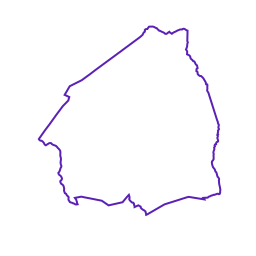 outline of Uauá, Bahia, Brazil, rotated 343°
{"feature_id": "56859067B85739573992088", "entity_name": "Uauá", "entity_type": "district", "adm_level": 2, "iso_a3": "BRA", "parent_name": "Brazil", "parent_adm1": "Bahia", "projection": "albers", "projection_center": [-39.437, -9.895], "detail": "fine", "context": "isolated", "style": "outline", "palette": "violet", "viewbox_px": 256, "rotation_deg": 343, "n_neighbors": 0, "source": "geoboundaries", "source_scale": "gbopen_adm2", "svg_char_len": 3843}
<svg xmlns="http://www.w3.org/2000/svg" viewBox="0 0 256 256"><g transform="rotate(343 128 128)"><path d="M57.5,186.2L57.4,184.8L57.5,183.7L57.5,182.4L57.5,181.3L57.1,180.3L56.8,179.3L63.2,180.0L66.9,182.0L70.9,184.1L81.7,189.9L86.8,196.3L101.1,197.4L106.9,193.6L109.3,192.2L109.3,194.1L109.0,195.5L108.4,196.2L108.4,197.1L108.8,198.2L109.4,199.3L110.2,200.6L111.2,201.0L111.6,202.2L111.3,203.2L111.5,204.5L111.2,205.5L115.3,205.0L116.3,206.1L117.1,206.9L116.9,208.1L117.6,209.4L118.7,210.9L119.5,211.6L120.3,212.9L120.2,214.1L120.2,215.1L120.0,216.3L122.3,216.0L123.4,215.7L138.4,212.2L140.8,211.7L152.7,211.6L161.7,211.5L164.2,211.5L165.9,211.6L180.3,218.7L180.2,217.8L179.8,216.9L183.9,217.9L185.1,217.3L186.4,217.3L187.8,217.0L189.0,217.1L190.2,216.9L191.3,217.2L192.7,217.1L194.0,217.0L194.9,217.2L195.6,217.9L196.5,217.8L197.0,217.0L197.4,216.3L197.8,215.0L198.4,213.7L198.4,212.6L198.6,211.7L198.7,210.2L198.8,208.6L199.0,207.2L199.3,206.2L199.5,204.9L200.1,203.9L200.2,202.8L199.8,201.5L199.4,200.7L199.4,199.5L199.5,197.7L199.5,196.2L198.9,195.2L198.9,194.2L198.9,193.0L198.4,191.7L197.9,190.5L197.8,189.3L197.8,187.9L197.9,186.5L198.1,185.5L198.6,184.5L199.9,183.7L200.8,182.8L201.1,181.7L201.5,180.4L201.8,179.1L202.4,177.9L202.4,176.6L203.1,175.2L203.9,174.2L204.5,173.3L204.6,171.9L205.8,171.0L205.7,169.9L206.4,169.2L207.5,169.3L207.8,168.3L208.7,167.4L210.2,167.2L210.5,166.3L210.5,165.0L210.5,163.6L211.1,162.9L211.6,162.0L211.3,160.9L212.3,160.6L212.2,159.3L213.1,158.0L213.2,156.9L213.9,156.3L214.7,155.7L214.5,154.1L215.2,152.7L215.8,151.6L215.6,150.5L215.4,149.5L215.7,148.6L215.5,146.5L215.2,117.8L214.9,116.6L214.6,115.4L215.0,114.4L215.5,113.4L215.8,111.9L216.4,110.6L216.5,109.5L215.5,109.1L215.5,108.3L215.7,107.1L215.4,105.9L215.2,104.9L214.9,103.9L214.6,102.5L214.1,101.4L213.6,100.6L213.1,99.7L211.9,99.2L211.0,98.1L210.4,96.6L210.7,95.6L210.8,94.5L210.0,93.5L210.5,92.4L210.9,91.5L212.0,91.2L212.2,89.8L212.3,88.3L211.6,87.3L211.2,86.0L211.2,85.0L210.8,83.7L209.8,83.0L209.6,82.1L209.1,81.3L208.6,80.6L208.2,79.5L208.4,77.7L207.8,76.4L206.8,75.5L206.0,74.8L206.5,73.5L207.0,72.0L206.7,70.8L206.4,69.8L207.2,69.0L207.8,68.1L208.4,67.3L208.8,66.1L209.5,64.6L210.3,63.5L210.1,62.3L213.4,52.3L212.4,51.5L211.8,50.7L211.2,50.0L210.4,49.4L209.4,49.3L208.4,49.6L207.6,49.2L206.3,49.0L205.0,49.2L203.9,49.2L202.6,49.5L201.7,49.7L200.5,49.8L199.4,50.0L198.4,50.3L197.5,50.7L196.6,49.6L196.0,49.0L195.7,48.1L194.5,48.4L193.1,49.0L192.2,49.2L191.1,48.8L190.5,47.7L189.4,46.6L188.6,46.0L187.8,45.2L187.1,44.5L186.3,44.1L185.9,43.3L185.2,42.2L184.7,41.0L183.6,40.2L182.7,39.2L181.9,38.6L181.0,38.1L180.1,37.9L178.8,37.5L177.6,37.3L176.4,38.2L175.5,39.0L174.3,38.7L173.4,38.8L172.7,39.2L172.6,40.2L172.0,41.0L171.1,41.2L170.1,42.1L169.3,43.1L166.3,44.5L145.4,51.9L143.8,52.5L124.4,59.3L113.9,63.0L106.9,65.6L104.5,66.4L97.6,68.8L84.5,71.0L77.1,77.8L80.9,81.2L78.9,84.3L72.1,88.0L63.1,94.6L54.2,101.4L53.1,102.2L48.4,105.6L39.5,112.5L39.8,113.5L40.4,114.4L41.7,115.0L42.5,116.1L43.1,117.4L43.3,118.5L43.5,119.5L44.4,120.5L45.8,120.1L47.0,119.8L48.0,119.5L49.2,119.6L50.1,120.1L50.5,121.1L51.1,121.8L51.8,122.5L52.6,123.0L53.9,124.1L54.6,125.4L55.1,126.7L55.6,127.5L56.2,128.9L56.5,130.2L56.1,131.9L55.8,132.7L55.4,133.9L55.1,135.0L55.1,136.0L55.0,137.3L54.7,138.4L54.3,139.3L53.8,140.3L53.5,141.2L53.2,142.2L53.1,143.5L53.2,144.9L52.7,145.8L51.9,146.5L51.1,147.6L50.4,148.7L49.4,149.8L48.3,150.5L48.2,151.6L48.6,152.8L49.5,153.9L49.9,155.0L50.1,156.2L50.0,157.4L49.0,158.4L47.7,159.0L47.5,160.5L47.9,162.0L48.8,162.9L49.3,164.1L49.4,165.1L49.3,166.4L49.2,167.5L48.5,169.1L48.5,170.6L48.6,171.9L49.5,172.7L49.7,173.6L49.9,174.6L50.5,175.6L51.0,176.8L50.5,178.0L50.1,179.2L50.8,181.9L51.7,182.6L52.6,183.1L53.4,183.9L54.2,184.4L55.0,185.2L55.6,185.8L56.5,186.1L57.5,186.2Z" fill="none" stroke="#5b21b6" stroke-width="2"/></g></svg>